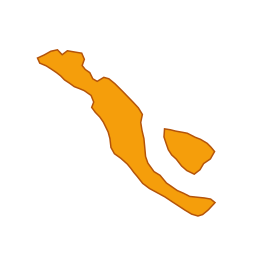 the district of Cabedelo, Paraíba, Brazil, rotated 127°
{"feature_id": "56859067B69424996803869", "entity_name": "Cabedelo", "entity_type": "district", "adm_level": 2, "iso_a3": "BRA", "parent_name": "Brazil", "parent_adm1": "Paraíba", "projection": "mercator", "projection_center": [-34.848, -7.032], "detail": "fine", "context": "isolated", "style": "filled", "palette": "amber", "viewbox_px": 256, "rotation_deg": 127, "n_neighbors": 0, "source": "geoboundaries", "source_scale": "gbopen_adm2", "svg_char_len": 1256}
<svg xmlns="http://www.w3.org/2000/svg" viewBox="0 0 256 256"><g transform="rotate(127 128 128)"><path d="M102.1,177.8L109.3,180.7L109.9,185.7L106.8,191.8L107.0,197.4L105.7,202.2L99.4,204.2L96.1,210.0L99.4,216.3L102.8,222.9L109.1,224.7L108.0,231.4L113.1,235.8L120.3,239.0L126.6,242.4L129.3,237.5L127.6,230.8L127.1,224.5L126.8,218.2L126.9,213.2L127.8,207.7L127.4,201.6L127.3,195.8L125.8,190.6L124.5,185.5L124.2,177.1L127.9,171.0L133.4,169.4L135.2,163.4L136.2,157.1L138.1,151.3L143.1,141.5L147.3,136.1L153.8,129.9L156.7,123.4L156.5,115.8L157.2,106.9L158.5,101.5L160.0,96.5L161.1,91.6L163.4,82.9L163.4,74.4L162.4,67.8L160.8,57.0L160.3,48.1L159.8,41.0L159.3,32.9L158.5,25.4L156.2,19.2L152.2,16.3L145.0,14.6L135.2,13.6L135.0,19.2L137.8,24.7L145.5,37.5L146.7,44.4L148.3,51.1L148.8,64.2L146.5,73.9L147.2,81.0L144.1,91.0L140.2,96.8L132.6,103.7L126.9,108.9L121.4,115.5L115.9,121.2L108.5,124.7L105.7,131.8L104.4,139.0L102.0,154.3L100.5,165.2L100.2,172.9L102.1,177.8ZM103.1,43.6L94.7,44.7L93.4,50.1L92.6,55.5L93.4,63.2L95.0,68.9L96.5,77.5L98.6,81.8L101.8,88.1L103.9,93.1L106.7,98.3L113.5,93.9L117.7,87.8L121.1,82.7L123.2,77.0L123.8,70.8L126.1,62.3L126.6,55.5L125.0,47.3L118.0,45.4L110.9,46.2L103.1,43.6Z" fill="#f59e0b" stroke="#b45309" stroke-width="1.5"/></g></svg>